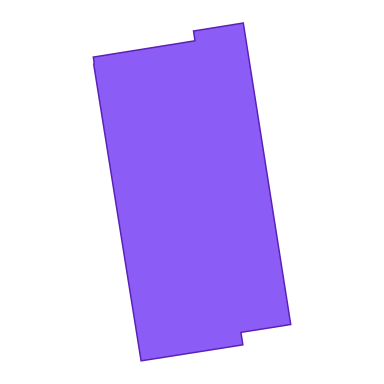 Eddy, North Dakota, United States of America (Mercator projection), rotated 261°
{"feature_id": "52423323B20862519958454", "entity_name": "Eddy", "entity_type": "district", "adm_level": 2, "iso_a3": "USA", "parent_name": "United States of America", "parent_adm1": "North Dakota", "projection": "mercator", "projection_center": [-98.866, 47.717], "detail": "fine", "context": "isolated", "style": "filled", "palette": "violet", "viewbox_px": 384, "rotation_deg": 261, "n_neighbors": 0, "source": "geoboundaries", "source_scale": "gbopen_adm2", "svg_char_len": 298}
<svg xmlns="http://www.w3.org/2000/svg" viewBox="0 0 384 384"><g transform="rotate(261 192 192)"><path d="M45.7,268.8L350.9,269.1L350.8,218.7L340.9,218.6L340.7,115.6L335.3,115.6L333.1,114.9L33.2,115.3L33.1,218.3L45.7,218.4L45.7,268.8Z" fill="#8b5cf6" stroke="#5b21b6" stroke-width="1.5"/></g></svg>